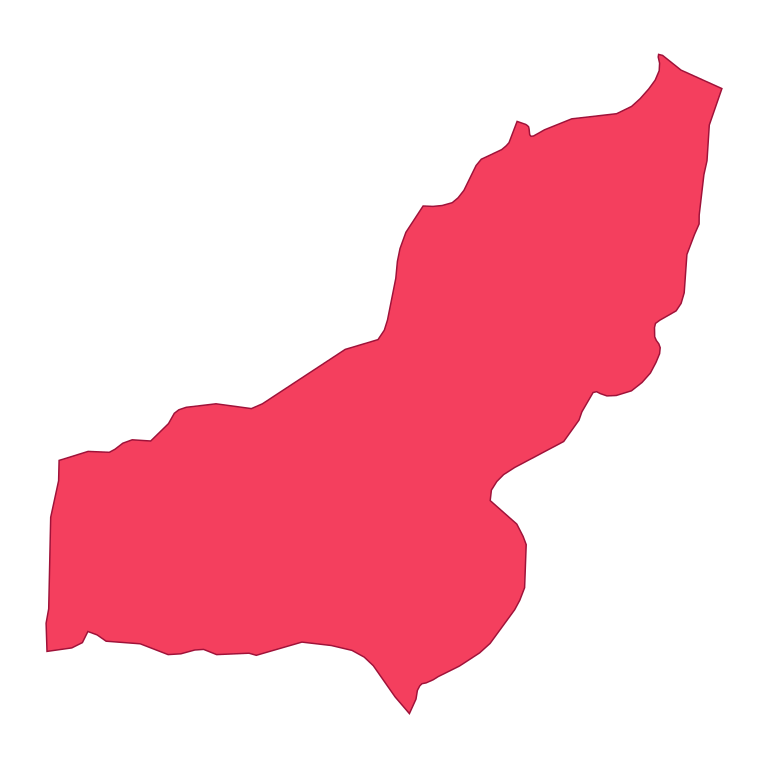 map outline of Panjshir (Natural Earth projection)
{"feature_id": "AFG-1769", "entity_name": "Panjshir", "entity_type": "Province", "adm_level": 1, "iso_a3": "AFG", "parent_name": "Afghanistan", "parent_adm1": "", "projection": "natural_earth1", "projection_center": [69.851, 35.487], "detail": "fine", "context": "isolated", "style": "filled", "palette": "rose", "viewbox_px": 768, "rotation_deg": 0, "n_neighbors": 0, "source": "natural_earth", "source_scale": "10m", "svg_char_len": 1694}
<svg xmlns="http://www.w3.org/2000/svg" viewBox="0 0 768 768"><path d="M658.6,54.4L662.6,55.4L681.0,70.1L721.9,88.6L709.3,125.0L707.0,160.8L703.9,174.7L699.2,215.0L699.1,224.0L694.4,234.7L686.9,254.5L684.2,292.8L681.1,303.4L676.1,310.9L659.8,320.2L655.5,323.4L654.5,327.5L654.7,336.8L656.4,340.6L658.8,343.8L660.2,347.7L659.6,353.7L656.0,362.4L650.4,373.0L642.1,382.4L631.5,390.8L616.2,395.5L606.9,395.9L600.3,393.6L596.6,391.7L593.1,392.5L581.9,411.8L579.0,420.1L563.7,441.5L514.8,467.4L503.6,474.6L496.8,481.5L491.4,490.1L490.2,500.6L516.8,524.1L523.1,536.4L526.2,544.6L524.6,587.7L519.8,600.2L514.7,609.7L490.1,643.4L479.6,652.9L459.5,666.0L438.2,676.6L433.3,679.7L426.1,682.9L422.0,683.7L419.8,685.8L417.4,690.4L416.0,699.1L409.4,713.6L395.1,696.9L373.3,665.7L364.2,657.1L352.0,650.4L331.3,645.5L301.9,642.1L256.3,655.3L249.0,653.2L216.6,654.6L203.6,649.4L194.8,650.0L180.9,653.8L168.1,654.6L140.2,643.8L106.1,641.2L97.1,634.9L87.9,631.5L82.4,642.6L71.8,647.9L47.0,651.4L46.1,623.2L48.7,608.8L50.7,517.3L58.6,480.8L59.1,460.4L88.1,451.4L109.3,452.3L114.9,449.3L122.8,443.2L132.2,439.8L150.7,441.0L168.5,423.6L174.3,413.3L178.8,409.8L186.2,407.3L216.0,403.8L251.4,408.6L262.4,403.8L345.2,349.4L378.0,339.6L384.3,330.2L387.5,320.0L395.8,278.3L397.4,261.4L400.0,248.6L405.9,232.3L423.1,206.0L433.0,206.4L442.2,205.5L452.2,202.7L458.0,197.9L463.9,190.4L476.1,165.5L481.3,159.2L501.7,149.6L506.1,145.9L509.0,142.7L517.1,121.4L525.7,124.4L527.3,125.5L528.6,126.8L529.1,129.1L529.7,134.7L531.0,136.3L533.5,136.0L544.5,129.8L571.8,118.8L616.6,113.7L631.6,106.4L640.0,98.8L648.7,89.0L655.2,80.1L659.2,70.7L659.6,63.2L658.2,57.0L658.6,54.4Z" fill="#f43f5e" stroke="#9f1239" stroke-width="1.5"/></svg>